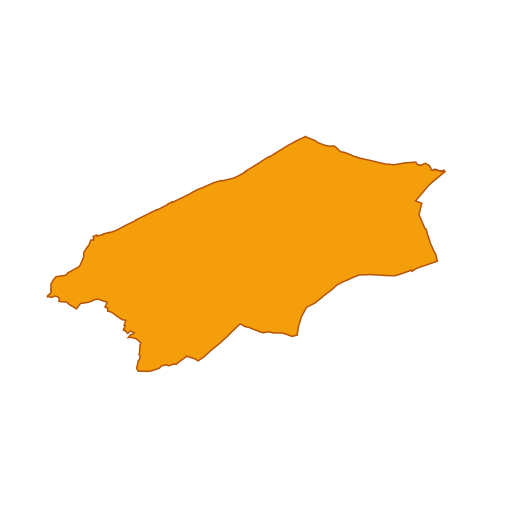 Biķernieku pag., Daugavpils, Latvia (Equal Earth projection), rotated 156°
{"feature_id": "27541924B40947468766186", "entity_name": "Biķernieku pag.", "entity_type": "district", "adm_level": 2, "iso_a3": "LVA", "parent_name": "Latvia", "parent_adm1": "Daugavpils", "projection": "equal_earth", "projection_center": [26.875, 55.973], "detail": "fine", "context": "isolated", "style": "filled", "palette": "amber", "viewbox_px": 512, "rotation_deg": 156, "n_neighbors": 0, "source": "geoboundaries", "source_scale": "gbopen_adm2", "svg_char_len": 5837}
<svg xmlns="http://www.w3.org/2000/svg" viewBox="0 0 512 512"><g transform="rotate(156 256 256)"><path d="M49.0,256.2L49.6,256.9L49.5,257.4L49.4,257.7L49.6,257.8L50.0,257.6L49.8,258.0L50.1,258.1L50.3,258.1L50.4,257.9L50.3,257.5L50.5,257.4L50.9,257.5L51.1,257.8L51.5,257.6L51.9,257.6L52.3,257.7L52.5,257.8L52.4,258.1L52.2,258.3L52.6,258.5L52.6,258.8L53.6,259.3L54.4,259.4L54.6,259.7L54.8,260.1L54.8,260.4L55.2,260.5L55.4,260.3L55.8,260.4L55.8,260.7L55.6,261.0L55.9,261.6L56.3,261.9L56.8,262.0L57.5,261.8L57.7,262.0L57.3,262.4L57.5,262.6L57.8,262.7L58.0,262.5L58.4,262.1L59.0,262.0L59.4,262.2L59.3,262.7L59.5,262.8L60.0,262.7L60.9,263.3L60.6,265.4L60.7,266.5L61.0,268.4L61.1,268.6L62.5,270.0L62.7,270.3L62.7,270.6L62.8,271.0L63.0,271.2L64.1,271.8L64.6,271.9L65.1,272.0L65.9,271.8L67.7,271.9L67.8,271.9L68.7,271.8L69.0,271.9L69.3,272.0L69.3,272.3L69.3,272.5L70.1,273.1L70.6,273.2L70.8,273.3L71.3,273.9L71.4,274.1L71.5,274.3L71.5,274.5L71.6,275.4L71.8,275.8L71.8,276.8L82.2,280.5L82.9,280.7L83.8,281.0L84.5,281.2L85.2,281.3L85.9,281.4L87.5,281.8L93.0,283.3L93.9,283.6L96.9,285.6L99.9,287.0L102.5,289.0L104.3,290.3L112.2,296.4L115.9,299.1L122.4,304.0L123.7,305.4L124.7,306.3L126.2,307.4L127.4,308.9L128.0,309.6L133.1,314.8L136.0,316.6L137.0,318.4L138.6,322.5L138.7,322.9L139.4,323.9L139.8,324.8L143.2,326.0L145.9,327.4L147.8,328.9L153.0,334.0L154.4,336.4L155.9,338.3L157.9,340.3L160.8,343.3L161.0,343.3L161.3,343.6L161.9,345.0L171.0,344.9L175.3,344.5L182.0,344.0L197.8,341.9L201.3,341.3L203.3,341.0L203.5,341.5L206.0,341.2L207.1,341.0L211.1,340.5L214.8,339.9L218.7,339.4L221.7,338.9L229.4,337.9L231.4,337.7L231.2,337.2L238.7,336.4L243.8,336.3L246.3,336.5L256.7,338.5L256.6,338.9L259.6,339.5L262.9,339.9L264.8,340.2L273.6,340.2L276.0,340.1L280.7,340.4L283.0,340.4L288.9,340.1L288.9,339.8L297.1,339.4L310.8,339.0L310.6,339.6L315.7,339.3L315.8,338.9L328.0,338.3L328.0,338.7L343.1,338.1L351.2,337.8L351.2,337.4L360.0,337.1L360.9,337.1L369.8,336.5L374.8,336.3L380.7,336.9L380.6,337.4L382.1,337.4L382.6,337.7L387.1,338.2L387.1,337.8L388.4,338.0L391.1,338.5L393.1,338.8L392.9,339.9L394.3,340.1L394.9,339.9L396.8,340.1L397.4,337.5L397.6,336.9L397.7,336.6L398.4,336.7L399.2,337.4L400.6,337.7L403.4,334.7L403.9,334.2L405.1,333.5L405.3,333.3L406.2,332.6L406.5,332.8L407.8,332.0L408.2,331.7L409.4,330.9L410.8,330.1L411.3,329.8L411.5,329.6L411.8,329.2L412.1,328.8L412.6,327.8L413.0,326.8L413.6,325.7L413.8,325.4L414.5,324.6L414.7,324.3L415.3,323.8L415.6,323.5L416.2,323.2L416.4,323.0L416.5,322.9L416.4,322.8L416.6,322.6L417.1,322.1L417.7,321.6L418.6,320.8L419.4,320.0L419.8,319.6L420.6,319.1L420.9,318.7L421.0,318.6L421.5,318.3L435.2,317.1L435.7,316.4L437.9,315.9L447.1,318.4L449.2,317.4L450.2,316.9L451.0,316.5L451.6,316.0L452.8,315.1L453.8,314.6L454.3,314.2L454.5,313.8L455.0,313.1L455.3,312.5L455.6,312.0L455.7,311.4L455.9,310.7L456.2,310.1L456.6,309.7L456.7,309.4L456.7,309.2L456.9,309.1L456.9,308.9L456.8,308.7L457.4,308.2L457.6,308.1L457.6,307.9L457.6,307.6L457.5,307.3L457.4,307.1L457.7,306.3L459.4,305.4L459.8,305.3L462.9,304.3L463.0,303.6L463.0,303.3L462.9,303.2L461.3,303.1L461.2,303.0L460.1,301.5L460.0,301.4L456.6,301.2L455.4,301.0L453.9,299.5L453.7,298.9L453.2,298.1L452.8,297.4L454.7,294.6L454.9,294.6L452.1,293.3L448.6,291.4L448.0,291.0L447.0,289.6L446.9,289.0L446.5,287.9L446.4,287.7L444.7,285.4L444.7,285.2L443.8,284.1L441.5,280.7L438.1,282.7L435.6,284.0L433.3,283.3L431.6,282.9L431.3,282.7L428.8,282.1L426.5,281.7L421.1,281.7L418.3,281.0L416.3,279.5L415.1,278.2L414.3,277.4L410.9,274.6L411.7,273.4L412.8,272.4L414.6,271.0L414.5,270.2L414.1,270.2L412.6,268.8L414.0,266.0L411.1,263.7L408.6,259.9L408.2,259.1L407.6,257.5L407.0,257.0L404.6,252.9L403.4,251.7L401.1,250.3L403.8,247.2L404.7,246.4L403.8,245.3L406.7,243.0L407.3,241.9L406.0,241.5L404.8,237.5L401.1,238.5L398.5,235.3L400.2,234.7L402.4,235.2L405.9,233.5L402.9,232.3L400.3,230.1L399.2,229.2L397.8,226.7L397.2,225.0L396.7,223.8L396.5,223.3L397.9,222.2L398.8,220.8L401.1,216.2L401.9,215.0L403.0,213.4L402.4,211.7L404.4,208.9L404.5,208.7L404.8,208.6L405.0,208.7L406.2,208.4L406.3,207.9L410.7,202.0L410.7,200.6L410.6,199.8L410.4,198.5L409.0,198.1L401.2,194.3L397.9,193.6L394.9,193.2L389.6,192.9L389.2,193.1L387.4,194.0L387.1,194.1L382.2,193.1L380.2,191.1L376.3,191.0L376.0,190.9L372.7,189.5L371.6,189.9L370.9,190.2L370.2,190.4L369.0,190.6L368.6,190.7L368.5,190.8L368.0,190.9L367.1,191.1L366.6,191.1L365.6,191.4L364.8,191.6L363.7,191.7L362.0,192.1L361.0,192.3L360.7,192.5L360.3,192.7L358.5,191.3L353.4,186.6L353.1,186.0L351.6,183.7L346.5,184.7L343.5,185.3L336.7,187.7L331.6,189.1L324.7,191.0L315.8,193.9L313.6,194.6L313.4,194.9L302.8,198.8L298.0,200.5L295.0,196.3L294.6,196.0L293.1,194.7L292.7,194.5L291.7,194.1L290.9,193.1L289.5,191.4L287.6,189.6L287.3,189.2L287.2,189.1L285.8,187.9L283.9,185.7L283.5,185.2L280.5,182.9L275.3,181.6L273.7,180.6L273.9,180.5L272.3,179.2L270.8,178.4L269.4,177.8L267.1,176.7L264.6,175.5L264.4,175.5L262.5,174.3L260.9,172.8L260.5,172.5L259.3,171.4L258.0,170.0L255.6,167.8L250.5,167.0L249.7,168.4L245.6,174.7L244.5,176.1L241.3,179.4L239.6,181.8L236.9,183.8L234.5,185.6L230.9,188.4L230.7,188.5L220.8,189.1L220.6,189.1L219.5,189.5L216.8,190.2L216.2,190.4L215.9,190.4L212.6,191.3L209.9,192.2L207.3,192.8L204.2,193.5L200.2,194.5L198.7,195.0L193.8,196.6L185.7,197.0L182.1,196.9L176.5,197.0L169.5,196.7L165.2,195.0L163.6,194.3L160.8,193.3L154.3,190.1L145.1,185.2L136.9,181.4L129.2,180.5L119.7,179.8L119.8,178.6L118.3,178.7L115.9,179.1L115.0,179.2L113.9,179.3L108.8,179.0L106.2,178.7L92.5,177.5L91.1,184.2L91.5,187.2L91.5,195.5L91.4,197.2L91.2,198.7L91.1,200.1L90.9,201.6L90.6,204.0L90.6,205.7L90.6,205.9L89.6,211.1L90.4,212.3L90.5,213.1L90.4,216.0L90.3,227.5L83.1,236.7L86.0,239.7L87.9,241.5L82.5,244.0L82.3,244.1L77.8,246.2L74.4,247.9L71.0,249.7L65.3,251.7L62.8,252.3L53.3,255.0L49.4,256.1L49.0,256.2Z" fill="#f59e0b" stroke="#b45309" stroke-width="1.5"/></g></svg>